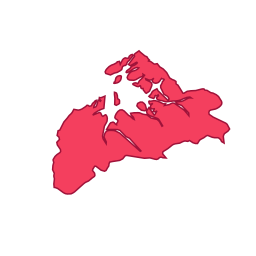 Rogaland, orthographic projection, rotated 59°
{"feature_id": "NOR-914", "entity_name": "Rogaland", "entity_type": "County", "adm_level": 1, "iso_a3": "NOR", "parent_name": "Norway", "parent_adm1": "", "projection": "orthographic", "projection_center": [5.997, 59.066], "detail": "fine", "context": "isolated", "style": "filled", "palette": "rose", "viewbox_px": 256, "rotation_deg": 59, "n_neighbors": 0, "source": "natural_earth", "source_scale": "10m", "svg_char_len": 5746}
<svg xmlns="http://www.w3.org/2000/svg" viewBox="0 0 256 256"><g transform="rotate(59 128 128)"><path d="M140.9,221.9L137.8,220.4L133.6,217.2L131.6,216.6L130.5,216.0L128.8,214.5L124.9,214.1L121.4,211.6L119.3,209.4L116.8,208.7L116.3,208.1L114.8,205.2L114.2,202.6L114.0,198.9L113.4,197.8L111.7,197.0L106.1,197.3L103.6,196.4L102.5,192.6L100.2,191.9L97.9,192.6L94.3,189.3L94.7,187.6L89.8,179.8L88.3,175.2L87.0,172.0L86.5,169.6L85.9,167.8L84.1,164.8L87.1,161.4L87.7,159.6L88.0,157.7L87.8,153.2L87.4,151.4L88.0,150.6L89.5,149.9L90.0,148.4L89.9,147.7L88.7,145.8L88.3,143.6L87.8,142.2L87.9,141.0L88.5,141.2L89.8,142.6L91.6,145.8L92.8,146.8L93.3,144.7L92.7,143.5L91.4,141.8L88.7,139.3L90.0,138.0L90.6,137.9L91.2,138.6L90.5,137.1L88.2,137.7L87.1,136.8L87.9,136.0L88.3,134.7L88.8,131.3L98.8,138.6L98.2,141.5L97.9,145.5L98.0,149.2L98.8,151.6L100.0,144.3L101.1,143.7L104.0,144.0L105.1,143.5L105.0,140.7L105.3,140.2L107.2,140.1L109.0,140.7L111.3,142.4L112.1,143.5L114.3,147.3L121.8,154.0L124.4,154.9L130.2,154.8L128.8,153.8L123.4,153.2L121.2,151.2L120.1,149.5L119.7,147.5L120.1,146.1L120.9,144.4L122.6,141.8L123.9,140.4L128.0,137.8L154.3,129.5L154.3,128.7L137.6,132.0L134.4,134.1L125.9,136.1L123.9,137.8L118.2,147.1L115.1,141.6L114.6,140.2L115.2,137.8L116.5,137.0L118.1,136.8L119.3,136.1L118.4,135.6L117.4,133.6L116.7,132.9L115.7,132.9L113.4,134.0L112.1,133.8L110.9,132.6L109.6,130.6L108.6,128.1L108.4,125.6L109.5,123.6L111.5,122.5L117.5,121.0L119.2,120.0L122.7,119.0L123.8,118.3L121.6,117.8L118.5,118.5L116.7,118.2L118.0,115.1L120.1,111.4L120.9,110.3L123.7,108.2L126.5,105.0L131.4,103.1L135.7,98.6L138.5,97.8L144.0,98.0L144.0,97.2L136.6,97.2L135.1,97.7L128.4,103.1L125.5,104.2L123.0,103.4L121.3,99.6L130.4,98.9L130.4,98.1L128.2,94.3L128.3,95.2L128.1,96.3L127.5,97.3L126.6,97.9L125.7,96.1L125.0,95.6L124.0,97.7L123.6,98.1L121.7,98.1L120.9,97.5L120.3,96.7L119.6,94.0L119.4,96.3L118.4,97.2L117.1,97.0L115.9,96.4L115.9,95.7L116.6,95.0L118.0,91.5L118.7,90.5L120.9,88.3L125.4,85.3L126.6,83.4L127.5,85.1L129.2,80.5L129.3,78.1L129.5,77.0L130.7,75.5L141.8,70.6L148.8,69.5L146.4,68.2L136.3,70.4L132.5,73.4L130.3,73.7L132.9,68.2L133.2,65.9L133.4,61.4L133.9,59.6L134.8,58.3L133.3,59.0L132.1,61.8L131.4,65.4L131.1,68.4L130.4,70.8L129.3,73.3L128.1,75.4L125.4,81.5L124.6,82.6L122.1,84.7L120.9,86.3L118.7,88.0L117.8,88.3L116.7,87.7L116.1,85.2L115.1,85.1L115.5,86.7L114.3,87.6L114.3,88.3L115.3,89.1L115.9,90.8L113.1,93.3L111.6,93.8L110.7,90.7L109.3,88.3L109.1,86.8L109.3,83.0L111.6,83.1L125.4,79.4L124.2,77.9L122.4,77.6L120.6,78.1L117.6,79.8L110.3,79.2L108.5,78.2L107.1,75.7L106.2,74.9L105.2,72.1L104.6,72.1L103.5,73.3L102.8,73.7L104.4,77.3L104.6,79.1L104.0,81.1L102.7,82.5L101.0,83.1L99.5,82.5L98.6,80.2L98.9,83.0L97.9,85.1L94.8,87.5L95.9,87.8L100.2,85.0L101.9,84.7L103.2,85.1L104.3,86.2L107.3,90.3L107.6,91.6L107.7,94.4L106.9,94.9L103.1,95.3L101.9,94.7L101.2,96.1L100.4,96.3L98.3,95.6L97.9,95.9L98.0,97.3L97.8,98.0L96.7,99.2L93.4,101.3L92.7,101.2L92.6,99.7L93.1,98.4L94.0,97.4L94.8,97.2L94.8,96.3L93.4,93.9L92.5,89.7L91.3,86.6L89.7,87.4L90.3,87.6L91.2,89.0L90.7,91.4L90.6,96.4L90.1,98.4L87.7,102.0L86.3,102.9L84.4,102.8L83.3,101.6L82.1,99.4L81.4,96.7L81.8,94.3L82.4,92.0L82.5,89.4L82.0,87.8L80.8,89.0L80.2,90.9L80.1,93.3L80.3,98.3L80.2,99.8L79.9,100.6L79.3,100.9L78.7,100.3L78.3,99.4L77.9,95.5L77.2,93.7L77.0,92.4L77.5,89.9L77.2,87.1L76.9,86.5L76.2,86.6L76.0,87.0L75.8,93.8L73.8,94.9L69.9,85.4L68.1,84.8L67.8,83.1L67.5,78.8L69.3,78.4L74.9,76.4L76.7,75.1L78.9,75.1L80.6,74.7L80.6,75.4L81.1,76.0L82.6,74.4L86.5,72.7L87.1,72.0L87.9,69.8L91.9,69.3L95.6,67.4L100.4,66.3L106.5,66.5L109.1,65.2L110.9,63.8L112.8,62.9L114.8,64.0L115.3,64.0L117.0,63.1L126.4,63.0L127.0,62.2L127.0,58.4L128.5,54.9L130.8,50.6L132.5,44.9L133.1,43.5L133.8,42.7L134.8,42.7L135.3,42.4L136.4,40.9L140.4,38.8L141.8,37.2L144.9,35.2L147.6,34.2L153.3,34.1L154.8,34.6L155.9,35.6L156.6,37.2L157.0,39.3L157.0,41.4L156.8,43.2L155.2,47.9L155.2,49.4L156.4,50.8L158.1,51.4L162.5,49.4L174.2,41.7L175.9,41.1L181.2,41.4L182.2,44.0L182.5,48.3L183.4,49.7L184.4,50.7L190.4,53.4L187.8,54.8L185.7,54.6L183.2,55.4L182.5,56.1L180.9,58.8L179.3,60.6L175.7,63.3L175.2,64.0L175.1,65.0L175.4,68.1L175.2,71.0L175.3,72.9L177.1,76.4L176.1,78.1L174.1,79.9L170.4,81.7L170.3,83.6L168.4,85.9L167.9,88.0L167.6,91.5L165.9,95.6L165.5,97.1L165.4,98.6L166.2,104.6L166.3,109.6L166.5,110.6L168.1,111.6L173.3,110.8L171.5,113.4L170.1,114.6L169.7,115.5L169.6,116.5L170.0,117.9L169.7,119.6L168.7,120.9L164.9,124.6L162.4,129.5L151.2,142.8L150.5,143.9L150.4,144.9L151.7,148.4L151.5,151.8L148.8,158.4L147.8,161.2L148.8,162.6L150.7,164.1L151.5,165.9L153.1,168.7L153.0,170.3L150.3,172.8L144.2,175.2L143.6,176.3L145.2,179.4L146.2,180.3L149.5,179.9L151.5,180.7L152.2,181.7L152.4,184.5L153.1,189.1L152.7,192.5L152.9,194.6L155.2,206.6L155.3,208.6L155.1,210.7L153.3,214.0L152.0,215.5L150.3,216.6L143.5,219.5L141.5,221.1L140.9,221.9ZM72.5,100.3L72.6,101.1L74.7,103.3L74.9,105.4L74.8,108.6L73.9,111.4L73.5,115.7L69.8,119.0L68.1,118.7L66.9,117.0L66.3,115.4L65.6,112.5L65.6,109.8L66.1,107.1L66.2,103.8L65.7,103.2L66.5,101.0L69.5,101.9L66.8,97.7L66.3,96.1L66.4,94.3L67.8,92.8L68.4,91.3L67.2,90.2L66.8,88.2L67.1,86.5L68.5,86.4L70.6,92.0L71.1,94.5L72.7,96.6L73.1,97.8L72.6,99.0L72.5,100.3ZM117.1,101.3L120.5,102.2L122.2,103.2L121.7,105.0L119.6,107.4L116.4,108.6L113.6,109.0L111.9,107.1L112.1,104.1L113.3,102.3L115.4,101.5L117.1,101.3ZM100.3,121.2L102.5,122.6L102.7,123.9L102.5,126.4L101.0,127.3L95.9,124.0L92.0,122.2L90.4,121.2L91.5,120.2L92.4,119.9L94.7,120.4L96.6,121.4L97.8,121.7L99.2,121.0L100.3,121.2ZM83.6,110.8L83.9,112.5L83.7,114.1L82.9,116.4L82.4,117.0L81.6,116.3L81.7,115.6L81.4,115.1L78.9,112.6L78.4,111.2L78.3,109.9L78.9,108.0L79.5,107.3L80.1,107.1L80.7,107.3L82.2,108.6L83.0,109.5L83.6,110.8Z" fill="#f43f5e" stroke="#9f1239" stroke-width="1.5"/></g></svg>